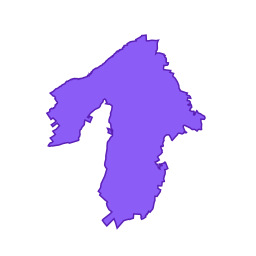 Maeriste, Salaj, Romania, rotated 318°
{"feature_id": "2599482B89987294354273", "entity_name": "Maeriste", "entity_type": "district", "adm_level": 2, "iso_a3": "ROU", "parent_name": "Romania", "parent_adm1": "Salaj", "projection": "mercator", "projection_center": [22.749, 47.297], "detail": "fine", "context": "isolated", "style": "filled", "palette": "violet", "viewbox_px": 256, "rotation_deg": 318, "n_neighbors": 0, "source": "geoboundaries", "source_scale": "gbopen_adm2", "svg_char_len": 5811}
<svg xmlns="http://www.w3.org/2000/svg" viewBox="0 0 256 256"><g transform="rotate(318 128 128)"><path d="M67.8,196.9L71.6,198.6L74.7,195.7L79.4,200.4L79.5,200.7L78.7,202.9L78.3,202.7L78.0,202.9L77.5,203.6L77.0,204.9L78.9,205.6L81.7,206.0L82.0,205.6L82.0,205.3L82.6,204.7L83.7,205.0L84.1,205.0L84.0,204.7L84.4,204.4L86.2,204.6L86.6,204.5L86.8,203.9L87.8,203.7L88.1,205.3L92.2,204.7L93.3,204.1L97.2,201.1L99.7,199.7L101.8,197.2L102.5,196.8L103.8,198.3L109.3,196.9L110.9,195.7L110.5,195.1L109.9,192.7L111.8,190.9L113.2,192.6L114.4,193.5L117.4,190.9L119.2,192.0L119.5,191.7L120.4,189.7L123.1,187.8L124.5,187.2L126.4,185.4L127.5,183.5L128.5,184.3L130.5,184.7L132.7,178.9L132.6,178.0L132.0,177.9L131.8,178.5L128.8,177.0L128.1,178.7L127.6,178.4L128.1,176.8L127.4,176.0L125.8,178.3L125.0,178.0L124.3,179.8L123.9,179.0L124.0,178.0L124.3,177.1L125.7,175.5L125.9,174.9L124.7,174.4L125.4,171.4L127.2,172.3L127.6,172.4L127.9,172.0L128.7,172.6L129.9,172.7L130.7,169.1L135.3,169.3L137.2,169.0L137.4,168.4L138.2,167.4L138.5,167.4L138.7,166.0L139.7,163.9L140.2,164.1L140.5,163.6L140.9,163.7L141.5,165.0L142.0,165.0L142.5,164.6L143.2,163.1L144.3,162.2L146.5,161.3L147.1,160.0L149.5,158.8L152.3,158.9L152.7,159.6L153.5,160.0L153.8,160.4L153.8,162.0L153.4,163.0L153.2,164.4L152.4,166.0L152.6,166.8L157.4,166.2L159.8,166.1L161.1,165.6L162.1,165.8L162.8,166.3L164.2,168.6L165.7,169.0L166.6,168.6L167.2,169.6L168.2,170.5L168.5,170.5L168.5,169.8L168.1,169.1L168.3,168.1L169.6,164.3L170.8,163.3L171.1,163.4L172.2,164.3L172.8,166.3L173.3,167.0L173.7,168.5L174.1,168.8L174.4,171.0L174.7,172.1L176.7,173.7L177.2,176.3L177.7,176.6L178.8,176.1L179.5,176.2L180.2,176.7L180.6,177.6L181.7,178.3L182.7,176.9L185.4,174.3L186.4,172.1L188.1,170.2L190.5,172.6L192.0,172.1L192.7,170.4L191.9,168.4L191.3,165.8L190.2,163.8L190.7,162.0L190.6,161.1L188.4,161.9L188.1,161.7L186.9,162.6L186.2,162.8L185.6,162.1L188.2,159.9L187.9,159.3L186.6,158.6L185.6,156.1L186.9,155.4L187.2,155.7L188.4,155.1L189.3,155.2L189.8,154.2L190.3,153.7L190.5,152.8L188.4,152.1L188.1,151.6L188.1,150.9L190.8,151.5L191.7,150.1L191.7,148.7L190.4,147.2L192.6,145.6L194.5,147.9L195.2,146.4L195.2,145.0L194.3,143.8L193.9,142.3L195.5,141.7L194.7,140.6L191.7,135.2L192.3,134.3L192.4,132.8L194.3,130.2L195.5,126.9L196.3,122.7L196.2,121.0L195.9,120.2L196.2,119.2L198.4,118.0L196.4,114.7L197.6,114.4L198.2,113.9L193.6,108.5L194.1,107.6L196.5,105.5L197.2,106.3L198.0,106.6L199.3,107.7L200.4,107.6L201.6,106.6L200.3,105.1L201.7,102.9L202.0,103.1L202.8,102.1L203.1,101.0L202.8,100.1L203.0,99.5L204.1,99.0L203.4,98.2L204.1,97.3L201.7,93.4L199.4,91.4L198.4,91.4L200.7,89.5L201.7,89.5L203.0,88.6L206.3,84.7L208.2,83.5L209.3,83.1L207.4,81.9L204.4,78.7L201.2,76.7L200.2,75.7L200.1,75.4L203.6,71.1L200.0,68.5L199.6,68.8L197.7,68.6L192.9,67.5L192.5,68.8L187.5,65.5L183.7,64.8L183.0,65.9L180.4,64.2L179.1,64.5L178.9,65.1L178.5,64.8L177.7,64.9L177.1,65.4L177.1,65.1L176.5,65.4L175.4,65.1L174.4,64.3L173.9,64.4L173.8,64.8L173.6,64.8L173.3,64.3L172.0,64.6L172.0,64.3L171.7,64.4L171.5,63.7L170.9,63.6L170.3,63.9L169.8,63.7L169.4,64.1L167.5,63.8L165.7,64.3L165.1,64.0L164.9,64.5L164.6,64.6L164.4,64.1L164.1,64.0L163.6,64.3L163.1,63.8L162.0,64.1L161.4,63.7L160.7,63.8L159.9,63.5L158.5,63.7L156.0,63.6L155.5,64.0L153.9,63.8L153.0,64.1L152.1,63.6L150.6,63.9L149.4,63.4L145.3,62.9L144.9,62.5L144.0,62.5L143.8,61.9L141.7,61.8L141.3,61.5L139.3,62.0L138.7,61.8L138.3,62.6L137.6,62.7L137.6,62.4L137.1,62.8L136.9,62.4L137.1,62.2L136.5,62.3L136.2,62.7L135.4,62.8L135.3,62.2L134.9,62.9L134.7,62.9L134.8,62.4L134.4,62.2L133.9,62.3L133.8,62.6L133.4,62.0L132.7,62.5L132.6,62.2L132.2,62.4L130.8,62.0L130.3,61.5L129.5,61.5L128.5,60.7L127.8,60.7L126.8,60.2L125.9,59.4L125.2,59.3L125.0,58.9L123.9,58.8L123.9,58.6L124.2,58.4L123.6,58.1L123.3,57.5L123.3,57.2L122.1,56.4L121.9,55.9L121.4,55.9L121.2,55.2L120.1,54.8L119.7,54.4L118.6,54.5L118.1,54.0L118.2,53.7L117.1,53.6L115.1,53.0L114.6,53.2L113.9,52.4L113.4,52.2L110.6,52.8L108.2,52.0L106.4,51.9L105.8,52.2L105.2,51.6L102.2,51.4L100.4,50.6L97.0,50.8L93.5,50.0L93.8,54.2L94.6,55.2L94.6,55.7L94.1,57.3L93.7,57.5L93.2,57.4L92.8,60.3L92.9,61.5L92.2,62.2L91.9,62.4L91.2,62.1L90.6,62.4L89.9,62.3L89.5,62.6L89.2,62.3L88.0,63.3L86.8,63.6L86.3,63.2L85.7,63.5L85.2,63.0L84.5,62.9L84.3,62.2L82.2,62.0L81.1,63.2L80.2,63.4L77.6,62.7L76.5,70.1L79.0,70.4L79.3,74.6L77.6,74.9L73.1,74.3L73.0,76.7L78.6,77.0L78.6,80.4L73.8,80.9L70.0,80.0L69.7,84.1L67.6,84.1L63.5,83.4L63.3,87.8L62.1,87.9L61.2,87.7L60.4,87.1L59.5,87.2L57.6,87.5L56.8,87.9L57.1,88.5L57.6,89.2L59.0,89.9L60.0,90.9L65.5,94.5L69.0,95.9L71.9,97.5L73.8,98.8L74.4,100.1L83.0,104.1L83.7,103.8L83.8,103.2L85.1,102.0L86.1,102.0L88.0,100.8L89.3,98.9L90.5,97.8L91.4,97.4L92.6,97.5L94.2,96.7L97.7,96.3L100.1,94.1L101.4,93.3L103.6,98.4L108.5,96.1L107.5,93.8L105.6,94.1L105.1,92.9L109.9,91.9L115.7,92.1L120.1,93.4L121.4,93.3L124.1,92.0L126.9,91.8L128.4,90.6L130.2,90.9L130.3,92.6L129.8,92.9L129.6,94.8L127.7,95.0L129.8,97.7L130.3,97.9L130.8,100.0L130.9,101.2L127.9,103.7L124.8,105.4L123.6,107.0L122.5,107.4L119.6,109.1L118.2,110.4L117.8,111.0L118.0,111.9L117.7,113.6L115.5,116.6L115.2,117.5L115.1,119.1L114.4,120.1L112.8,121.4L112.6,121.2L113.0,120.8L113.0,120.4L113.5,119.9L113.5,118.7L113.8,118.5L114.2,117.8L113.2,115.4L112.5,114.5L112.0,116.5L111.6,116.8L111.7,117.1L110.1,118.1L111.6,121.4L111.9,121.9L112.1,121.7L112.3,122.2L111.1,123.4L109.1,123.3L105.3,124.5L104.2,124.5L103.0,125.0L100.6,127.2L98.3,129.6L92.9,133.9L90.8,136.2L87.4,138.5L85.8,140.0L85.0,142.5L85.1,144.0L84.2,144.7L78.5,148.2L70.8,151.4L67.5,154.1L63.6,155.1L63.9,158.4L62.1,158.8L62.8,166.5L63.2,168.2L63.1,169.4L61.7,169.6L60.4,171.7L59.5,174.8L59.3,176.3L59.9,179.5L57.2,179.8L48.7,179.2L47.2,179.4L46.8,182.8L46.7,186.6L56.9,186.0L55.4,190.0L52.9,195.2L62.7,194.0L65.1,195.0L67.5,196.3L67.8,196.9Z" fill="#8b5cf6" stroke="#5b21b6" stroke-width="1.5"/></g></svg>